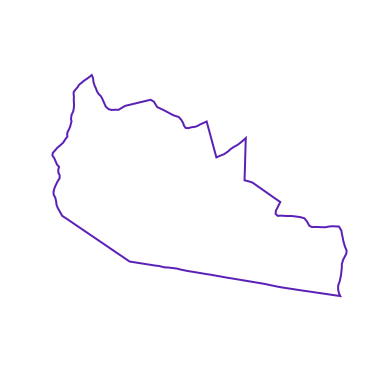 outline of Rondon, Paraná, Brazil, rotated 75°
{"feature_id": "56859067B14553570834373", "entity_name": "Rondon", "entity_type": "district", "adm_level": 2, "iso_a3": "BRA", "parent_name": "Brazil", "parent_adm1": "Paraná", "projection": "orthographic", "projection_center": [-52.832, -23.465], "detail": "fine", "context": "isolated", "style": "outline", "palette": "violet", "viewbox_px": 384, "rotation_deg": 75, "n_neighbors": 0, "source": "geoboundaries", "source_scale": "gbopen_adm2", "svg_char_len": 1933}
<svg xmlns="http://www.w3.org/2000/svg" viewBox="0 0 384 384"><g transform="rotate(75 192 192)"><path d="M53.1,258.6L54.7,262.2L56.7,267.9L57.9,270.4L59.2,273.4L60.9,275.1L64.5,280.2L66.6,281.0L69.5,281.4L72.1,282.3L77.4,283.4L80.5,284.5L83.4,285.9L86.5,288.5L90.2,290.0L92.6,290.1L97.3,292.8L99.8,294.7L101.6,296.5L103.8,297.6L106.3,298.1L108.2,300.6L111.1,303.8L112.4,306.4L114.5,310.8L118.3,316.4L120.7,317.4L123.6,316.3L130.5,315.3L133.3,313.9L135.6,315.3L138.7,316.1L141.4,315.5L144.4,316.3L147.2,319.3L150.8,322.4L153.2,324.2L156.1,325.8L159.0,326.3L162.1,325.5L166.2,325.7L169.6,326.2L173.0,325.7L181.5,323.5L186.1,319.4L205.2,302.9L243.0,270.3L251.0,252.3L254.0,245.5L254.9,243.0L257.6,238.3L258.9,234.2L262.1,226.3L263.8,223.4L267.2,216.6L270.1,210.1L273.3,203.1L275.0,199.4L276.4,196.1L283.5,181.0L299.3,146.2L305.8,133.4L308.0,128.6L315.0,112.6L330.9,75.7L328.2,76.2L325.2,76.2L322.7,75.8L320.0,74.9L316.9,72.7L311.9,70.1L309.4,69.0L303.6,66.8L300.4,65.9L296.5,63.5L291.5,58.9L288.7,57.8L284.3,58.4L278.7,58.5L270.7,58.0L268.0,57.7L263.4,59.0L262.4,62.2L261.4,65.3L260.8,68.7L260.5,72.7L259.3,76.6L258.0,80.6L256.9,85.3L254.8,87.5L252.1,88.1L249.8,88.7L246.4,90.3L244.1,94.3L242.6,97.9L240.9,102.2L239.8,106.3L239.0,108.9L238.0,111.6L237.2,115.4L234.8,116.9L231.9,115.9L224.5,109.3L219.9,113.3L212.8,119.2L198.6,131.1L196.7,133.9L194.3,138.2L153.8,126.1L155.3,128.9L156.6,131.7L158.2,135.5L159.3,139.9L160.6,143.8L162.0,146.3L163.8,151.3L164.2,155.3L164.9,159.5L127.7,159.6L128.3,163.3L128.9,166.9L129.7,169.9L129.8,172.6L129.3,175.8L129.4,179.0L128.4,181.6L125.8,182.6L123.2,182.7L119.7,183.6L116.1,185.4L113.1,190.1L108.5,195.0L105.0,198.8L101.0,203.6L94.8,205.5L92.2,208.1L91.5,234.1L92.6,238.3L93.6,241.7L92.5,245.5L92.0,248.4L90.3,251.2L87.2,253.2L83.9,253.7L79.4,254.4L76.1,255.1L73.2,256.8L70.3,257.7L67.0,258.0L64.3,258.5L60.3,258.7L56.3,258.1L53.1,258.6Z" fill="none" stroke="#5b21b6" stroke-width="2"/></g></svg>